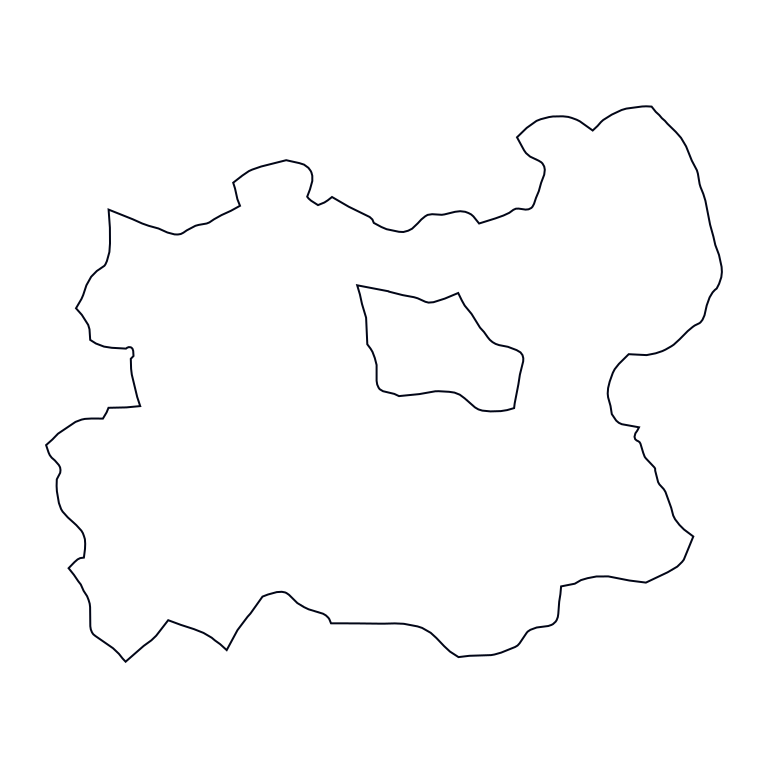 the Province of Töv
{"feature_id": "MNG-3329", "entity_name": "Töv", "entity_type": "Province", "adm_level": 1, "iso_a3": "MNG", "parent_name": "Mongolia", "parent_adm1": "", "projection": "mercator", "projection_center": [106.662, 47.753], "detail": "fine", "context": "isolated", "style": "outline", "palette": "ink", "viewbox_px": 768, "rotation_deg": 0, "n_neighbors": 0, "source": "natural_earth", "source_scale": "10m", "svg_char_len": 4990}
<svg xmlns="http://www.w3.org/2000/svg" viewBox="0 0 768 768"><path d="M639.0,427.3L637.3,430.6L635.4,433.3L634.5,436.8L635.2,439.2L636.7,440.5L638.4,441.3L639.7,442.3L640.5,443.8L643.2,452.8L644.7,456.8L645.8,458.3L654.3,467.3L655.1,468.5L655.2,470.7L658.1,482.1L659.4,484.4L663.8,489.2L665.5,492.0L671.2,507.8L673.2,515.5L675.1,519.3L679.5,525.0L684.0,529.5L693.3,536.5L683.8,559.7L682.1,561.9L677.3,566.6L667.6,572.3L645.9,582.6L629.3,580.5L608.3,576.4L596.3,576.5L587.5,578.2L581.0,580.1L574.8,583.7L561.1,586.4L560.4,594.2L559.2,601.7L558.3,613.8L557.8,617.1L556.6,620.2L555.6,621.7L553.0,624.1L551.5,624.9L548.3,626.0L536.7,627.5L530.4,629.8L527.7,631.6L526.6,632.9L519.6,643.3L517.6,645.5L515.1,647.0L501.2,652.6L494.5,654.5L491.1,655.1L469.4,655.8L458.5,657.1L450.0,651.6L444.2,646.2L436.4,638.0L430.7,632.8L422.1,627.9L417.5,626.4L403.8,623.8L394.8,623.4L383.0,623.7L356.9,623.4L331.0,623.3L329.3,619.1L328.3,617.7L325.9,615.4L323.0,613.7L308.6,609.3L304.0,607.1L297.4,603.1L289.0,594.8L286.4,593.0L285.0,592.4L281.8,591.8L276.8,592.1L268.0,594.5L262.5,596.6L250.4,613.6L247.6,616.7L237.5,630.1L226.7,650.1L220.2,644.2L214.9,640.4L211.7,637.7L203.5,632.9L193.9,629.1L180.9,624.9L168.2,620.2L156.2,635.7L151.4,640.3L143.7,645.9L125.6,661.7L122.6,658.5L118.9,653.8L113.0,648.2L95.4,636.0L93.3,634.3L92.0,632.4L90.8,629.4L90.3,626.2L90.1,607.1L89.7,603.7L88.6,600.0L87.1,596.2L83.6,590.8L80.8,584.5L78.3,581.3L73.9,574.8L68.6,568.2L74.4,562.2L77.6,559.4L80.2,558.1L83.9,557.6L85.0,548.9L85.2,543.8L84.9,539.2L84.0,536.2L82.9,533.2L81.4,530.7L76.2,525.0L67.8,517.4L62.6,511.6L61.1,509.1L58.9,503.0L56.9,491.3L56.6,485.9L56.8,479.3L60.2,472.8L60.5,470.1L60.1,467.4L58.9,465.1L54.8,460.4L51.7,457.7L49.8,455.2L48.6,452.6L46.1,445.1L52.4,439.5L58.0,433.7L75.5,421.9L81.6,419.6L84.9,418.9L92.0,418.5L102.9,418.6L106.6,412.4L108.5,407.8L126.3,407.4L140.2,406.1L137.2,397.0L131.8,374.6L131.1,368.8L130.8,358.8L133.5,356.0L133.2,350.9L132.5,348.8L131.7,347.9L130.8,347.3L128.8,347.1L127.2,347.7L126.0,348.6L111.8,347.8L104.0,346.6L95.9,343.5L90.2,339.9L89.5,329.3L88.2,324.9L81.8,314.8L76.0,308.3L81.5,298.9L83.2,295.0L86.4,285.3L91.2,276.7L96.8,271.0L104.4,265.8L105.4,264.4L106.9,261.1L109.4,252.0L110.0,243.4L109.9,227.7L108.6,209.6L132.6,219.2L142.2,223.5L148.7,225.8L158.5,228.5L167.4,232.5L174.6,234.4L177.8,234.5L180.8,234.0L183.4,232.7L186.7,230.4L195.4,225.8L198.7,224.9L206.7,223.5L209.4,222.4L214.0,219.3L221.5,215.1L230.9,210.8L240.0,205.8L237.4,199.2L235.0,188.4L233.2,182.7L242.3,175.6L248.9,171.1L252.2,169.6L261.2,166.5L286.2,160.2L299.3,163.1L304.0,164.6L308.4,167.8L310.6,170.8L311.4,172.4L312.3,175.8L312.3,181.0L310.0,189.3L307.2,196.7L308.6,198.5L311.1,200.7L318.0,205.1L324.4,202.5L327.8,200.3L332.0,197.0L348.7,206.7L369.7,217.0L372.4,219.5L373.8,222.9L381.4,227.0L386.6,229.2L399.0,231.8L403.4,232.0L408.2,230.7L412.1,228.7L417.8,223.3L421.3,219.5L425.2,216.3L427.6,214.9L432.1,214.2L441.8,214.8L444.5,214.4L455.1,211.8L460.2,211.2L465.2,211.8L468.4,213.0L471.1,214.4L473.4,216.4L479.1,223.5L495.4,218.4L503.5,215.5L509.3,212.8L513.4,209.8L515.9,208.7L518.6,208.6L525.6,209.6L528.6,209.3L531.4,207.9L532.5,206.7L534.0,203.9L536.0,197.9L538.8,191.2L541.1,182.9L544.2,174.7L544.8,169.7L544.2,166.5L542.5,163.5L541.3,162.3L538.7,160.7L530.1,156.6L526.1,153.2L524.1,150.4L517.0,137.3L526.7,127.9L536.5,120.9L540.8,119.2L548.9,117.1L552.8,116.5L562.7,116.3L568.2,116.9L571.7,117.9L576.6,119.7L579.8,121.3L592.7,130.5L597.6,125.9L601.0,122.0L603.2,120.0L611.8,114.6L621.6,110.0L626.3,108.6L642.0,106.5L646.3,106.3L651.6,106.6L655.8,111.9L659.3,115.1L661.9,118.2L664.9,120.8L667.4,123.7L675.7,131.8L681.0,137.8L686.1,146.4L691.8,160.6L696.9,170.3L697.9,173.7L699.6,184.0L700.5,187.0L703.3,193.9L705.4,200.7L710.1,224.7L713.4,236.6L715.3,245.0L719.0,254.9L721.6,266.9L721.9,272.0L721.3,277.2L719.1,283.8L716.7,288.5L714.9,289.9L712.6,292.4L709.6,297.4L706.7,305.5L704.5,315.3L702.5,319.8L700.7,322.1L699.6,323.1L694.7,325.5L692.6,327.0L687.7,331.1L679.6,339.3L673.7,344.7L671.3,346.3L665.5,349.6L662.3,351.1L655.7,353.3L646.6,355.1L628.7,354.2L618.9,363.9L614.7,369.2L612.8,372.9L609.7,381.6L608.1,388.1L607.7,393.6L608.1,397.3L610.5,405.9L611.8,414.1L616.2,420.6L618.8,422.8L621.8,424.2L639.0,427.3ZM428.6,302.6L425.4,301.8L417.7,298.3L414.0,297.2L402.6,295.1L388.4,291.5L389.1,291.4L357.2,285.3L359.9,294.4L362.0,304.0L366.1,317.7L367.3,344.3L370.6,348.7L372.5,351.9L374.8,358.0L376.6,365.0L376.6,380.8L377.2,384.5L378.6,387.7L379.7,389.2L383.0,391.2L394.3,393.9L399.0,396.1L419.3,394.1L435.2,391.3L438.6,391.2L449.1,391.8L454.5,392.6L459.8,394.7L464.5,398.2L475.0,407.4L478.4,409.4L482.3,410.6L490.4,411.4L500.8,411.1L507.1,410.1L514.1,408.1L514.7,403.3L518.4,384.3L519.9,374.6L523.2,361.3L523.3,358.2L522.5,355.1L520.5,352.4L516.6,350.1L507.9,346.8L499.1,345.1L495.6,343.9L492.5,342.1L489.8,339.8L487.6,337.1L484.0,332.0L480.0,327.6L471.6,314.0L464.7,305.6L461.8,300.4L458.2,293.0L444.8,298.6L433.5,302.2L428.6,302.6Z" fill="none" stroke="#020617" stroke-width="2"/></svg>